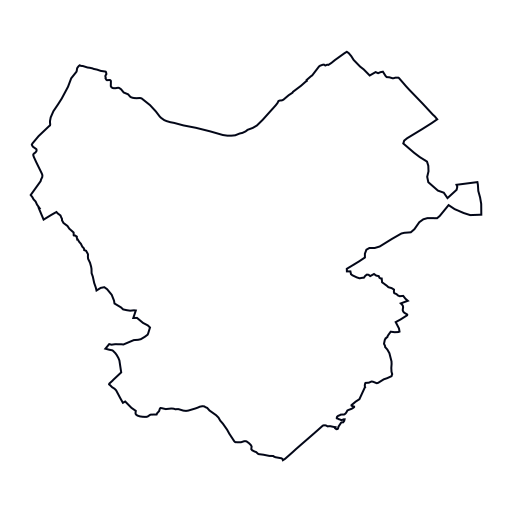 the district of Baile Govora, Vâlcea, Romania
{"feature_id": "2599482B27172768373600", "entity_name": "Baile Govora", "entity_type": "district", "adm_level": 2, "iso_a3": "ROU", "parent_name": "Romania", "parent_adm1": "Vâlcea", "projection": "robinson", "projection_center": [24.185, 45.08], "detail": "fine", "context": "isolated", "style": "outline", "palette": "ink", "viewbox_px": 512, "rotation_deg": 0, "n_neighbors": 0, "source": "geoboundaries", "source_scale": "gbopen_adm2", "svg_char_len": 5932}
<svg xmlns="http://www.w3.org/2000/svg" viewBox="0 0 512 512"><path d="M282.9,460.2L285.1,458.8L292.5,452.3L296.3,448.8L316.9,430.9L322.6,425.8L323.3,425.4L325.0,425.3L326.0,425.5L327.7,426.4L328.9,426.2L330.3,426.2L334.1,427.0L335.3,427.1L335.6,427.2L335.1,428.2L336.4,429.2L337.6,429.0L338.0,428.5L338.5,426.6L341.1,422.7L341.7,422.4L343.2,422.3L344.2,420.9L344.6,419.3L343.7,419.3L342.6,419.8L341.2,420.1L339.7,419.4L338.8,419.2L338.0,418.7L336.9,418.4L336.7,418.1L337.1,416.7L338.2,415.8L339.6,415.3L340.8,414.6L343.8,414.5L344.4,414.4L345.5,413.5L346.3,412.5L347.4,410.5L348.4,410.0L351.6,408.8L353.4,407.7L354.1,407.1L354.1,406.6L351.9,405.9L351.5,405.6L351.5,405.1L355.7,401.6L359.4,399.2L364.8,387.5L365.1,387.2L364.9,386.9L364.8,385.4L365.0,384.1L365.3,383.1L365.6,382.9L368.8,382.7L371.3,381.6L371.8,381.5L373.2,381.8L376.7,383.2L377.2,383.1L378.2,382.8L383.8,379.3L387.1,378.2L391.5,376.2L392.2,374.1L391.5,371.8L391.3,367.9L391.6,364.0L391.5,361.4L389.4,353.2L387.3,349.5L385.1,347.0L385.1,346.1L384.8,345.4L384.0,343.8L384.3,342.3L384.8,339.9L385.6,338.3L386.0,338.3L386.5,337.6L387.3,337.2L387.5,336.4L388.3,335.0L390.7,331.7L394.6,332.2L397.4,332.1L398.4,332.0L399.5,331.6L399.0,328.5L395.7,322.1L400.5,319.5L407.1,315.3L407.3,314.8L407.1,314.4L404.7,313.0L403.9,312.4L403.2,311.5L402.7,310.1L403.1,307.2L402.9,305.9L402.1,304.7L400.8,303.4L407.8,300.8L405.4,298.7L403.2,295.9L399.7,296.2L398.0,295.5L396.5,294.1L394.3,293.2L393.9,292.0L394.0,289.6L391.6,288.1L388.4,287.2L386.9,285.8L382.1,282.3L381.7,278.5L380.5,278.4L379.5,277.8L378.7,276.1L376.2,275.6L374.0,274.0L370.2,276.1L368.6,274.8L366.9,274.6L365.3,275.8L363.9,277.7L362.2,277.8L359.6,278.3L356.8,277.4L352.4,275.3L351.0,274.2L350.4,271.4L346.9,271.4L346.8,268.8L358.9,261.5L364.9,257.5L364.9,253.7L366.4,249.7L369.4,248.0L374.7,248.0L379.7,246.5L391.8,239.0L401.4,233.5L404.3,232.8L410.8,232.3L414.4,229.2L419.3,222.2L423.3,219.3L427.5,218.1L437.1,218.2L439.7,216.0L448.6,205.1L454.6,209.1L463.6,213.0L470.2,215.1L481.3,214.7L481.2,203.9L480.1,197.5L478.3,191.0L477.9,184.8L477.4,182.1L456.5,184.8L457.3,186.8L456.6,189.8L447.5,198.1L443.8,192.7L437.9,190.6L428.3,182.2L427.2,176.8L428.5,171.3L428.3,165.8L427.0,161.6L419.8,157.1L414.0,152.7L403.3,143.5L404.2,140.6L407.2,138.2L422.2,129.1L431.7,123.1L437.2,119.3L434.8,116.4L432.8,114.6L422.8,103.8L409.2,89.7L405.9,86.1L399.0,78.1L398.4,77.7L397.0,77.7L395.3,77.7L393.7,78.2L392.7,78.3L389.4,77.3L386.7,77.1L385.6,76.0L382.9,71.7L380.4,72.2L378.1,73.2L375.6,72.1L369.7,75.5L363.7,69.4L360.1,66.6L353.6,59.9L351.3,56.2L348.7,53.1L346.8,51.8L344.5,53.2L335.0,60.0L331.3,63.0L328.4,64.9L327.2,64.7L325.3,65.5L323.9,64.6L322.6,64.8L320.1,65.7L319.0,66.5L312.2,75.4L311.0,76.2L306.5,80.1L306.5,80.3L306.8,80.9L305.5,81.8L301.1,85.7L293.0,91.8L292.5,92.7L288.7,95.2L283.4,99.7L281.8,100.4L279.9,100.5L278.5,101.0L277.5,103.0L275.8,105.2L262.7,119.8L256.9,125.5L252.8,127.9L247.4,129.9L246.7,130.6L245.4,131.5L242.4,132.9L239.7,133.5L235.2,135.3L231.0,135.7L227.6,135.7L222.8,135.0L210.3,131.4L195.9,127.8L183.4,125.4L174.1,122.9L170.3,122.2L166.6,121.1L164.2,120.1L161.0,117.8L159.7,116.5L155.9,111.5L150.0,105.1L141.6,98.4L140.0,98.0L136.7,98.2L134.7,98.1L132.7,97.8L131.2,97.3L130.3,96.8L128.1,94.3L123.7,92.5L121.1,89.3L119.4,88.1L118.7,87.8L117.8,87.8L115.5,88.2L113.7,88.2L112.6,88.0L111.5,87.3L110.8,86.1L110.9,81.5L110.8,80.8L110.5,80.4L110.1,80.1L109.4,80.0L107.0,80.2L106.3,79.7L105.5,78.3L105.7,77.4L105.4,76.7L105.4,75.8L106.4,74.0L106.0,72.1L105.6,71.6L100.8,70.9L97.0,69.6L93.6,68.9L92.5,68.4L89.9,67.8L87.5,67.5L82.8,66.0L81.0,65.9L79.7,65.3L78.8,66.0L77.5,67.6L77.1,68.4L76.7,71.0L76.4,71.8L71.2,78.3L68.0,86.8L61.7,98.6L58.0,104.4L53.4,111.2L50.7,117.4L50.0,121.0L50.0,122.6L50.2,124.3L50.0,125.4L48.9,126.3L38.6,136.1L32.4,143.5L31.8,144.7L32.1,145.4L32.9,146.7L36.3,149.1L36.6,150.0L36.5,150.9L36.1,151.6L35.4,152.5L33.9,153.6L33.3,154.4L33.3,155.4L33.9,157.1L36.2,162.1L41.5,172.9L42.2,174.5L42.4,175.7L42.2,177.2L41.1,179.4L40.6,181.2L30.7,195.0L32.4,197.2L33.6,199.4L35.6,201.5L37.0,204.6L39.5,208.1L38.8,208.2L43.6,219.6L51.3,214.9L56.4,212.0L57.7,213.4L60.5,215.5L61.0,216.9L62.0,218.9L62.0,220.3L63.5,223.0L67.5,226.0L69.3,228.7L73.6,232.5L73.7,235.3L74.1,235.6L75.1,235.5L76.8,236.6L76.7,237.6L77.1,238.4L77.2,239.4L77.6,239.3L79.3,242.0L80.9,243.8L82.3,246.7L83.7,248.1L84.1,249.0L84.2,250.1L86.1,250.8L87.8,253.9L88.0,254.6L87.9,256.7L88.1,258.8L90.0,262.7L91.1,266.6L91.5,268.9L91.6,273.2L92.8,276.6L94.2,283.0L95.8,287.6L96.5,290.5L100.7,287.9L104.3,287.2L107.1,289.2L111.7,294.8L114.0,300.6L114.5,303.5L121.0,307.4L123.1,309.4L126.8,310.2L130.2,310.7L134.0,310.3L135.8,310.5L133.3,318.0L137.0,317.9L143.0,322.9L147.8,325.4L150.0,327.5L148.1,333.6L147.6,334.7L144.8,336.8L140.8,339.2L138.1,339.8L133.8,340.1L123.4,344.5L121.7,344.3L115.1,344.2L111.5,344.7L109.2,344.1L105.4,348.7L109.1,349.7L112.2,350.3L112.9,350.7L115.3,353.1L116.7,355.0L118.4,358.0L119.4,360.5L121.2,372.4L113.3,379.8L112.5,380.7L109.3,383.6L109.1,384.4L110.2,385.3L112.1,387.2L114.5,388.7L116.1,390.3L120.3,398.2L122.9,402.8L125.2,401.5L131.4,407.8L135.8,410.9L135.5,413.1L135.7,414.0L136.2,414.7L137.5,415.6L139.9,416.4L142.9,416.8L146.3,416.9L147.7,416.5L150.0,414.9L150.9,414.6L156.6,414.5L157.1,413.3L159.1,411.1L159.9,408.6L160.5,408.0L161.9,408.2L165.7,409.1L171.4,408.5L173.6,408.7L175.6,409.3L177.0,409.1L178.4,409.1L183.3,410.6L186.0,410.9L188.2,410.6L195.3,408.5L197.8,407.6L199.8,406.7L202.4,406.2L204.3,406.4L205.5,407.2L207.2,407.9L209.5,410.5L216.1,415.2L218.5,417.6L220.2,420.6L222.9,423.7L227.1,429.7L229.3,433.7L234.2,441.2L234.9,441.9L235.5,442.2L240.1,442.3L241.2,442.2L244.2,441.2L245.9,441.2L246.7,441.5L249.0,443.2L250.8,445.0L251.3,445.9L251.6,446.5L251.3,449.2L252.2,450.3L254.5,451.5L256.2,452.1L257.9,453.7L258.6,454.1L263.3,454.7L269.3,455.9L273.0,456.0L273.5,456.1L273.9,456.6L275.4,457.2L281.5,458.3L282.4,458.9L282.9,460.2Z" fill="none" stroke="#020617" stroke-width="2"/></svg>